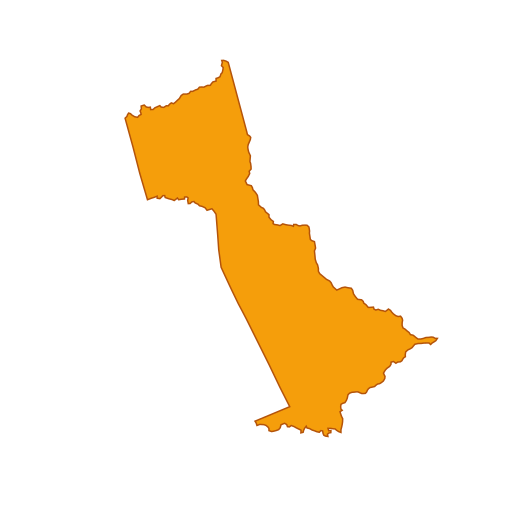 Pequizeiro, Tocantins, Brazil (Mercator projection), rotated 132°
{"feature_id": "56859067B87843438844420", "entity_name": "Pequizeiro", "entity_type": "district", "adm_level": 2, "iso_a3": "BRA", "parent_name": "Brazil", "parent_adm1": "Tocantins", "projection": "mercator", "projection_center": [-48.925, -8.4], "detail": "fine", "context": "isolated", "style": "filled", "palette": "amber", "viewbox_px": 512, "rotation_deg": 132, "n_neighbors": 0, "source": "geoboundaries", "source_scale": "gbopen_adm2", "svg_char_len": 4464}
<svg xmlns="http://www.w3.org/2000/svg" viewBox="0 0 512 512"><g transform="rotate(132 256 256)"><path d="M330.3,74.8L328.3,76.6L325.8,77.9L323.4,79.3L321.3,80.7L318.9,82.7L318.0,85.0L316.8,87.2L315.5,89.4L313.0,88.7L312.9,90.5L311.4,92.2L309.4,93.6L307.5,93.0L305.5,91.8L302.9,92.2L300.5,93.1L297.6,94.8L295.4,94.7L293.1,93.5L291.2,91.7L289.8,90.5L288.7,89.2L288.1,87.2L287.4,85.3L286.3,84.1L284.9,82.8L283.0,82.8L281.3,83.4L279.5,83.6L277.6,83.3L275.5,81.8L273.6,80.5L271.8,80.4L269.9,80.0L268.1,78.7L266.1,78.1L263.7,77.7L260.9,78.3L259.1,79.6L258.5,81.3L257.7,82.9L255.8,83.3L254.0,83.6L251.6,83.5L248.6,82.8L246.2,83.2L244.5,84.6L242.4,83.2L242.1,80.3L240.0,79.7L238.0,77.9L236.2,77.5L234.5,77.9L232.8,78.1L230.9,77.6L229.5,79.0L227.1,80.6L224.2,80.3L221.8,79.3L219.7,78.7L217.8,78.8L215.3,78.9L212.6,77.0L210.4,74.7L208.5,73.1L206.5,71.0L204.9,69.2L204.9,67.0L202.9,66.9L200.6,66.2L198.6,65.7L195.9,66.1L197.3,67.8L197.8,70.0L199.0,71.6L200.8,73.1L202.9,75.2L205.3,76.5L207.3,77.9L209.3,80.0L209.6,82.9L209.6,84.7L209.8,86.4L211.1,88.6L210.4,91.1L210.6,93.5L210.6,96.2L211.1,98.6L209.8,101.0L207.7,102.8L205.6,104.1L204.5,105.8L204.0,108.3L205.9,109.9L206.8,112.1L207.1,115.1L206.9,117.7L206.4,119.6L206.8,122.1L208.4,122.3L210.7,122.8L211.7,125.0L213.1,127.2L213.8,129.5L216.0,130.8L216.5,132.8L215.4,134.5L218.0,137.0L219.1,138.2L218.6,141.7L218.9,144.4L218.0,145.9L217.9,148.2L219.0,149.8L220.2,151.5L219.7,155.0L218.9,158.2L216.8,161.2L216.2,163.6L218.1,166.5L219.5,169.0L222.0,170.9L224.9,172.1L227.3,173.2L227.3,177.8L226.6,180.0L225.6,182.3L225.3,184.6L226.2,188.0L226.5,196.9L225.6,199.4L223.5,201.3L221.4,204.3L220.6,206.8L218.7,209.9L216.8,211.9L213.1,216.0L210.3,217.0L208.9,218.7L206.2,222.2L207.3,224.9L207.3,226.7L203.3,231.6L201.6,232.9L200.1,234.7L199.0,236.2L199.0,238.7L200.5,240.5L202.2,242.2L204.2,243.4L205.2,245.0L205.7,247.3L207.4,249.1L208.9,248.1L209.8,250.4L211.3,252.4L212.8,254.8L214.2,257.6L217.3,258.5L218.6,261.0L220.2,263.3L220.5,265.0L218.7,266.2L219.0,269.1L218.5,272.3L216.6,274.0L216.7,276.2L216.8,278.4L215.9,280.7L215.6,282.4L216.3,284.6L216.3,288.4L214.1,290.5L210.0,295.6L209.1,299.1L208.8,302.7L207.6,304.4L206.9,306.5L208.9,310.4L207.4,314.1L205.3,314.6L202.0,315.0L198.9,315.9L197.6,317.8L194.7,317.8L192.9,319.5L190.7,322.1L189.9,323.7L185.3,327.2L183.7,330.9L181.9,333.5L180.5,335.1L178.5,336.3L173.3,338.1L171.4,339.3L171.1,341.0L171.5,343.6L169.6,346.4L130.7,406.2L131.2,408.6L132.3,411.0L133.6,412.3L134.6,410.6L137.7,409.0L137.9,406.5L139.8,405.2L142.3,403.8L144.1,403.9L146.8,402.7L148.9,403.4L150.8,404.5L152.7,402.7L155.4,404.5L157.9,404.5L159.7,404.1L161.7,406.2L163.5,407.0L165.4,407.7L166.9,409.6L168.4,411.0L171.1,410.9L172.9,412.0L176.0,413.2L177.4,414.8L179.7,414.5L181.9,415.7L184.3,418.4L186.8,419.0L190.2,418.3L193.0,418.6L195.8,418.8L198.0,419.2L198.9,421.4L201.1,421.8L203.1,421.7L204.4,423.2L207.3,424.0L208.8,426.1L208.6,428.1L211.5,429.4L213.5,430.3L216.0,430.5L217.7,432.3L216.1,434.1L217.6,435.4L218.7,437.2L218.6,440.1L221.4,441.7L223.4,439.6L225.8,439.2L226.6,437.5L227.7,436.1L229.8,436.9L232.2,436.8L233.7,439.4L234.3,442.5L234.2,444.5L235.0,446.3L237.0,446.0L238.7,445.3L241.2,445.5L257.2,420.5L272.4,397.6L286.8,374.3L283.2,372.5L280.7,371.0L277.7,369.5L279.2,368.1L277.7,365.8L275.2,365.6L273.5,365.6L272.2,364.3L273.3,362.6L271.8,359.1L270.2,356.1L269.5,353.9L267.4,353.5L265.5,353.2L265.9,351.1L263.7,349.4L261.5,347.3L260.0,348.5L258.4,347.0L258.3,345.2L260.3,344.1L262.4,341.4L261.1,340.1L258.7,339.9L257.0,338.5L257.3,336.8L256.3,333.7L256.5,331.6L255.2,329.3L254.2,326.1L254.8,323.0L252.8,321.8L250.4,320.4L250.8,317.2L251.7,313.6L267.0,297.5L276.2,288.0L287.7,274.4L291.1,266.5L295.4,256.4L297.7,250.9L303.3,237.2L306.2,229.2L309.3,220.9L328.1,173.3L337.5,150.5L345.4,130.1L379.4,146.2L380.0,144.1L381.3,141.9L378.6,140.5L377.1,138.6L376.0,137.2L375.2,135.2L375.1,132.8L375.5,131.0L377.1,129.5L376.0,126.9L374.3,125.6L372.0,124.1L369.9,123.0L367.4,123.1L364.7,124.5L363.0,123.7L361.2,122.8L360.7,120.4L361.8,118.4L360.6,116.8L358.4,116.4L357.3,113.6L356.8,111.3L356.1,108.8L355.3,106.0L357.4,104.3L355.5,103.0L353.6,104.0L351.5,104.6L348.9,104.8L349.7,103.0L348.4,100.7L347.8,97.9L346.8,95.7L345.9,93.2L344.6,91.0L342.4,91.0L341.4,89.5L343.0,87.4L343.8,85.7L343.4,84.0L342.0,81.8L340.6,83.7L338.6,83.3L337.2,82.2L335.6,83.5L337.2,85.1L335.9,87.2L334.2,85.3L332.8,83.1L331.6,81.5L331.6,79.7L331.2,77.1L330.3,74.8Z" fill="#f59e0b" stroke="#b45309" stroke-width="1.5"/></g></svg>